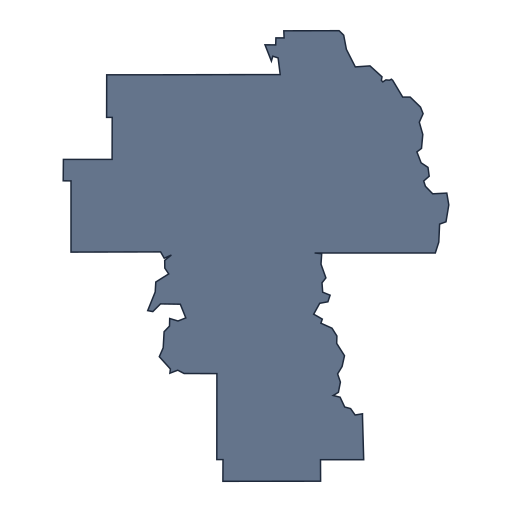 the district of Lake, Montana, United States of America
{"feature_id": "52423323B67078871310068", "entity_name": "Lake", "entity_type": "district", "adm_level": 2, "iso_a3": "USA", "parent_name": "United States of America", "parent_adm1": "Montana", "projection": "equal_earth", "projection_center": [-114.014, 47.595], "detail": "fine", "context": "isolated", "style": "filled", "palette": "slate", "viewbox_px": 512, "rotation_deg": 0, "n_neighbors": 0, "source": "geoboundaries", "source_scale": "gbopen_adm2", "svg_char_len": 1410}
<svg xmlns="http://www.w3.org/2000/svg" viewBox="0 0 512 512"><path d="M222.9,481.3L320.6,481.2L320.5,459.7L363.7,459.7L362.5,416.6L362.5,413.8L355.1,415.0L350.6,408.6L344.7,407.0L340.1,397.2L333.2,395.5L338.4,392.3L340.4,382.1L337.6,373.9L342.1,366.5L344.5,355.7L336.7,343.4L336.9,336.0L332.0,328.2L320.9,323.2L322.3,319.1L313.7,314.2L319.7,303.3L327.9,301.8L330.1,295.2L322.7,292.2L322.0,282.8L325.9,277.9L321.0,264.2L321.7,253.7L314.6,253.0L435.3,253.0L438.8,242.1L439.6,224.1L446.0,221.8L448.8,204.9L446.8,193.1L432.7,193.8L425.4,186.3L423.7,181.0L429.2,176.2L428.0,167.4L421.1,162.8L416.9,151.9L421.5,148.4L422.8,134.5L419.3,122.2L423.1,113.7L420.5,107.1L410.2,97.1L402.7,97.1L392.8,80.5L391.4,79.2L389.5,80.2L385.9,79.9L382.8,81.9L381.4,80.4L382.0,76.8L370.0,65.9L355.3,66.9L346.4,49.4L343.7,35.2L339.1,30.7L283.8,30.8L284.1,37.9L275.9,37.9L275.7,44.9L265.0,44.8L271.4,61.1L272.8,56.2L278.1,57.9L280.2,74.6L252.8,74.6L154.1,74.8L106.7,74.8L106.6,117.4L112.2,117.4L112.1,159.4L63.4,159.4L63.2,180.8L71.0,180.9L71.0,252.1L160.6,251.9L164.2,258.2L171.4,255.0L164.7,260.4L164.8,268.1L168.7,273.9L155.8,282.0L155.2,292.0L147.7,310.6L152.8,311.6L160.5,303.9L180.3,304.2L185.8,317.9L178.0,321.0L169.7,318.5L169.5,326.1L164.1,331.7L163.2,347.8L159.3,356.7L170.4,369.0L169.9,373.2L177.7,370.2L184.1,373.5L216.9,373.6L216.8,459.6L223.0,459.6L222.9,481.3Z" fill="#64748b" stroke="#1e293b" stroke-width="1.5"/></svg>